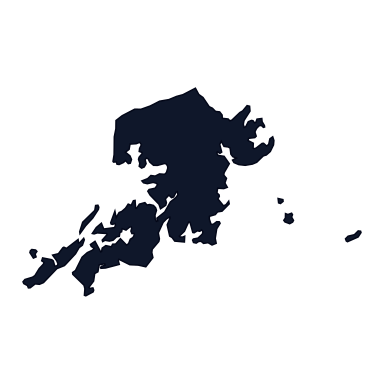 outline of Kangryong, Hwanghae-namdo, North Korea
{"feature_id": "82179303B5734042978537", "entity_name": "Kangryong", "entity_type": "district", "adm_level": 2, "iso_a3": "PRK", "parent_name": "North Korea", "parent_adm1": "Hwanghae-namdo", "projection": "orthographic", "projection_center": [125.504, 37.845], "detail": "fine", "context": "isolated", "style": "filled", "palette": "ink", "viewbox_px": 384, "rotation_deg": 0, "n_neighbors": 0, "source": "geoboundaries", "source_scale": "gbopen_adm2", "svg_char_len": 5250}
<svg xmlns="http://www.w3.org/2000/svg" viewBox="0 0 384 384"><path d="M113.0,161.4L113.5,162.1L116.4,161.9L117.0,164.2L119.1,164.5L123.5,162.5L125.5,160.6L128.3,163.6L130.3,163.2L131.5,159.5L130.0,155.9L126.7,153.2L125.4,152.2L129.1,149.4L130.0,144.1L136.2,143.7L139.8,142.3L141.4,144.8L139.6,148.4L139.2,151.5L141.9,152.4L142.2,153.5L139.1,157.2L138.5,159.3L139.8,163.3L139.2,166.3L141.6,168.1L144.2,167.0L146.1,163.7L145.1,159.7L146.4,158.1L148.1,158.7L149.7,162.0L152.9,164.8L153.5,165.3L157.5,165.4L164.5,163.5L166.1,163.9L167.5,165.9L167.8,168.1L166.4,172.6L164.6,174.3L159.5,173.9L155.2,176.1L150.9,175.5L147.7,178.6L141.9,180.9L143.5,182.8L147.3,183.7L153.1,182.4L155.9,183.1L157.7,184.6L155.1,188.2L149.1,189.5L147.8,191.2L150.1,195.1L159.0,204.3L160.0,207.3L160.5,208.8L165.7,205.3L166.4,202.7L165.4,198.9L168.9,195.1L171.5,197.7L173.6,197.0L176.2,192.0L177.3,191.6L177.9,194.9L175.5,197.9L170.4,201.9L164.7,212.0L156.9,218.2L157.8,220.9L156.4,221.4L155.2,219.0L155.0,215.1L156.5,210.3L155.6,207.7L153.4,205.4L149.7,204.5L147.0,205.0L144.9,202.6L139.4,204.1L136.6,208.3L135.7,208.2L135.3,203.6L135.1,200.4L133.4,200.7L131.2,205.3L128.2,204.1L125.5,208.2L121.7,211.5L119.1,212.5L116.2,217.7L114.9,211.2L110.7,222.7L111.1,224.0L112.5,224.4L115.0,223.5L115.5,225.0L114.6,227.6L103.7,229.0L102.1,225.0L101.4,223.2L96.3,227.5L92.3,233.5L94.1,233.9L97.2,232.9L106.6,233.5L107.2,234.5L102.2,240.1L102.7,241.6L105.1,240.3L109.4,241.1L113.1,240.2L116.5,236.9L119.3,236.3L119.9,232.5L121.6,231.8L122.2,228.6L126.0,230.1L129.0,227.6L129.9,226.9L131.3,226.9L131.7,228.2L130.9,231.1L131.9,233.6L134.1,233.5L134.2,235.1L133.0,237.5L130.3,239.2L128.6,243.6L126.6,245.1L120.4,238.7L115.6,244.1L112.6,244.2L111.4,246.8L105.8,245.6L102.2,248.1L101.6,251.5L100.7,251.9L95.0,241.3L94.3,241.8L90.4,244.5L91.3,246.5L94.2,248.3L92.4,250.2L87.3,252.6L82.1,257.2L75.5,270.5L72.6,272.5L72.8,274.3L84.0,285.2L84.9,288.7L84.4,295.3L85.8,295.8L88.4,294.4L93.1,291.9L93.7,290.1L92.9,287.9L89.8,288.4L88.8,287.5L93.6,281.1L94.7,273.5L97.9,271.8L99.2,264.8L104.7,263.8L105.1,265.3L101.8,266.2L100.6,267.3L100.9,268.3L105.6,268.0L119.3,264.4L118.4,261.1L118.3,260.5L118.9,259.3L129.8,264.7L138.3,265.1L145.8,266.8L152.9,257.6L151.8,252.6L152.2,249.3L158.8,241.5L159.4,238.9L158.3,232.9L161.0,227.0L163.1,222.4L166.8,218.6L169.8,217.0L170.1,218.0L167.2,224.8L169.7,236.1L172.1,237.5L174.7,241.1L184.4,242.0L184.7,236.2L182.6,237.1L179.9,236.9L179.3,236.1L184.4,231.3L187.0,225.5L188.7,221.9L189.7,222.0L190.5,224.0L192.8,232.5L194.1,232.8L197.3,230.8L199.8,231.3L201.6,229.8L203.0,231.9L202.2,234.2L198.0,238.1L193.4,239.0L192.6,240.1L193.5,242.5L196.2,243.1L198.6,241.5L201.1,241.3L203.5,243.4L208.1,242.7L212.0,245.0L216.2,243.3L215.2,238.3L215.3,237.8L216.7,228.8L220.1,223.3L219.3,221.8L216.7,221.7L213.1,224.4L211.0,224.2L209.3,219.0L209.4,216.3L215.3,214.6L217.5,211.9L222.0,211.2L229.2,203.9L228.7,201.2L226.0,204.7L223.5,205.8L219.2,200.5L217.9,199.0L219.3,196.3L219.1,194.9L216.9,192.8L217.7,188.2L223.8,188.6L227.3,187.3L224.9,183.0L226.5,178.3L223.8,175.1L224.1,172.7L229.3,163.7L224.1,156.3L218.0,155.4L216.7,152.9L217.3,151.8L219.9,153.3L221.7,152.1L221.5,151.3L219.7,144.4L221.3,141.3L224.0,146.4L228.3,147.0L230.1,148.1L230.9,154.2L232.8,156.7L236.3,158.1L232.5,160.1L234.0,162.6L238.8,164.6L245.2,165.3L252.4,164.1L256.7,162.3L263.2,156.0L263.5,155.8L266.3,155.0L270.3,151.5L273.5,144.9L273.9,140.5L272.7,136.8L269.9,138.8L268.7,144.4L266.6,146.0L263.6,143.3L262.1,143.4L256.1,148.1L254.1,148.7L253.1,148.1L253.3,143.2L248.0,140.5L248.6,138.3L254.8,137.6L256.2,136.2L255.6,134.3L254.9,131.9L256.5,128.5L259.1,125.8L261.3,125.4L263.4,127.4L264.6,127.0L264.4,125.5L262.1,121.7L261.8,118.5L257.0,119.1L255.8,122.4L254.6,122.9L253.0,120.7L251.5,120.4L248.3,121.7L245.8,126.6L244.2,127.5L243.3,124.3L244.0,120.5L250.0,111.1L249.6,106.2L247.4,105.7L247.1,105.6L242.6,111.0L239.9,112.5L231.8,120.2L229.8,120.8L228.2,119.0L222.3,118.3L222.1,115.0L219.7,111.9L215.5,111.4L212.4,108.2L209.2,106.7L203.0,97.5L198.8,94.5L195.4,88.2L189.1,91.5L182.9,94.7L176.6,96.4L168.9,99.6L159.6,101.2L150.2,106.0L140.9,109.3L134.7,109.2L122.2,115.7L116.0,120.5L115.9,128.7L114.3,136.8L114.2,148.2L114.1,154.7L113.0,161.4ZM84.3,239.8L83.7,238.3L79.9,242.5L78.5,243.0L78.1,239.5L66.5,248.4L63.9,247.2L62.9,247.7L58.4,253.7L52.6,255.1L52.8,255.4L56.7,260.7L58.0,263.8L57.3,265.7L54.8,266.2L53.3,260.9L51.8,259.7L42.6,257.9L41.7,260.8L44.0,262.3L43.5,264.0L39.2,268.6L34.9,275.6L32.5,277.2L24.9,279.5L23.0,281.8L23.8,283.6L27.4,285.5L28.4,287.9L30.2,287.8L35.2,283.9L39.5,284.3L43.5,282.6L56.9,268.6L64.4,265.6L65.8,264.2L75.5,253.8L79.1,247.6L82.4,245.2L84.3,239.8ZM85.6,225.8L92.7,218.1L98.4,209.4L98.8,207.2L97.9,205.2L95.6,205.5L94.8,210.4L82.7,222.2L79.7,231.7L80.0,233.6L85.6,225.8ZM291.6,213.2L287.9,214.5L285.5,213.6L285.4,218.0L283.8,220.3L284.9,221.9L289.7,223.7L292.6,222.1L293.5,220.4L291.6,217.1L292.5,214.7L291.6,213.2ZM358.1,237.0L361.0,232.6L360.6,231.2L358.2,230.9L354.4,234.7L348.1,236.2L345.5,238.8L346.3,241.0L347.5,241.7L358.1,237.0ZM36.1,256.9L35.1,254.0L36.9,251.4L35.6,250.0L31.8,249.5L30.4,250.7L29.9,252.6L33.4,258.1L36.1,256.9ZM283.1,201.4L282.9,199.6L278.1,198.5L278.6,202.9L280.5,203.5L283.1,201.4Z" fill="#0f172a" stroke="#020617" stroke-width="1.5"/></svg>